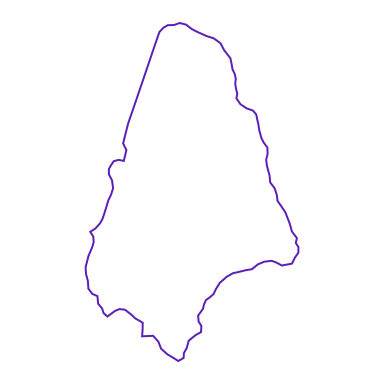 the district of Simões Filho, Bahia, Brazil
{"feature_id": "56859067B37931035064590", "entity_name": "Simões Filho", "entity_type": "district", "adm_level": 2, "iso_a3": "BRA", "parent_name": "Brazil", "parent_adm1": "Bahia", "projection": "mercator", "projection_center": [-38.397, -12.766], "detail": "fine", "context": "isolated", "style": "outline", "palette": "violet", "viewbox_px": 384, "rotation_deg": 0, "n_neighbors": 0, "source": "geoboundaries", "source_scale": "gbopen_adm2", "svg_char_len": 1660}
<svg xmlns="http://www.w3.org/2000/svg" viewBox="0 0 384 384"><path d="M224.1,50.1L220.4,43.2L213.7,38.3L206.6,36.1L196.9,31.7L192.0,29.2L186.0,24.6L179.6,23.0L174.2,25.0L167.8,25.2L163.6,27.6L159.4,32.0L157.3,38.1L155.8,42.4L145.0,74.2L134.9,103.9L128.1,123.6L123.1,143.4L126.4,150.1L123.8,160.9L118.7,159.9L113.7,161.2L111.1,165.1L108.9,169.0L108.9,174.3L112.0,180.3L113.1,188.3L111.0,194.8L108.3,200.4L106.2,207.5L104.0,214.5L102.3,219.4L99.9,223.5L95.4,228.5L90.3,231.8L93.3,236.7L93.7,242.0L92.2,247.2L88.5,255.9L85.6,267.2L86.0,273.9L87.9,281.0L88.4,288.7L92.3,293.9L97.4,296.1L98.2,303.8L102.1,308.5L103.6,313.1L107.4,316.5L115.1,310.9L119.4,309.1L125.0,309.7L131.5,314.8L135.1,318.3L142.7,322.7L142.6,329.6L142.1,336.3L146.9,336.1L153.1,335.8L158.4,341.7L161.1,348.7L167.3,354.3L173.8,358.1L178.2,361.0L183.6,358.0L183.9,353.1L186.8,347.9L188.7,340.7L195.7,335.0L201.0,332.1L201.4,326.0L198.6,321.5L198.1,315.6L202.9,308.9L204.1,304.2L206.0,300.0L209.9,297.3L213.5,294.1L215.9,289.1L219.8,282.8L227.0,276.6L233.0,273.2L238.1,272.1L245.8,270.2L251.9,269.2L257.8,264.4L264.2,261.7L271.7,260.8L276.3,262.5L281.8,265.5L287.4,264.5L292.0,263.6L294.9,257.6L298.4,252.6L298.4,247.0L295.8,243.0L296.9,238.1L291.9,231.5L289.8,223.8L287.4,217.6L285.4,212.4L281.1,206.0L277.5,200.8L276.8,194.9L274.6,188.2L270.2,182.4L269.6,175.7L268.2,170.5L266.9,165.6L266.2,159.7L267.6,153.8L267.4,147.6L263.6,142.4L261.4,138.0L259.3,130.4L258.2,123.4L257.1,119.0L256.3,114.6L253.0,110.6L246.7,108.4L240.4,104.2L236.4,98.3L237.3,93.6L236.1,89.1L235.2,83.5L235.8,78.8L234.7,73.9L232.5,69.3L231.6,64.0L230.4,58.3L224.1,50.1Z" fill="none" stroke="#5b21b6" stroke-width="2"/></svg>